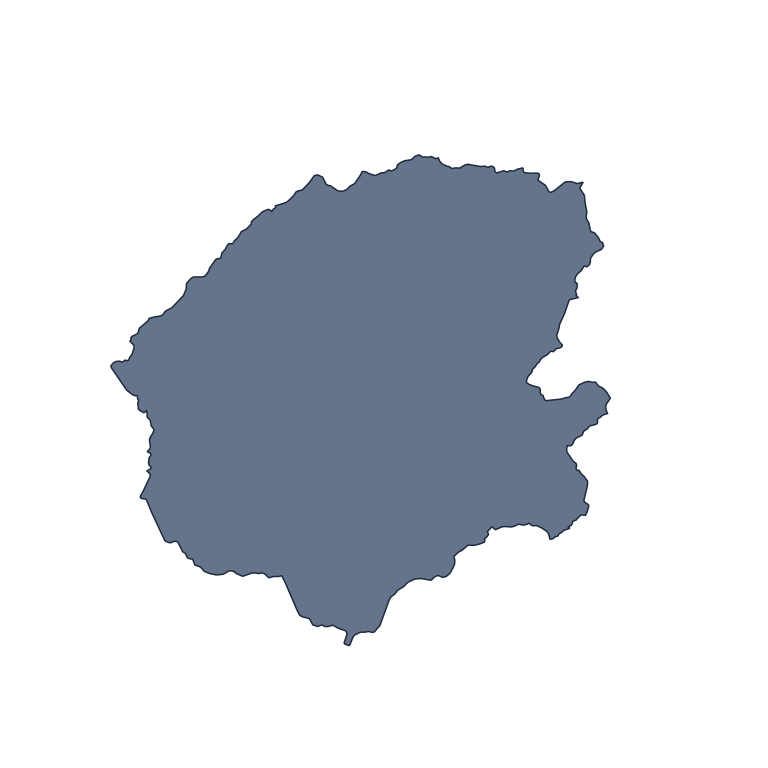 Van Canh, Bình Định, Vietnam, rotated 63°
{"feature_id": "81297802B17102674968438", "entity_name": "Van Canh", "entity_type": "district", "adm_level": 2, "iso_a3": "VNM", "parent_name": "Vietnam", "parent_adm1": "Bình Định", "projection": "natural_earth1", "projection_center": [108.979, 13.676], "detail": "fine", "context": "isolated", "style": "filled", "palette": "slate", "viewbox_px": 768, "rotation_deg": 63, "n_neighbors": 0, "source": "geoboundaries", "source_scale": "gbopen_adm2", "svg_char_len": 6158}
<svg xmlns="http://www.w3.org/2000/svg" viewBox="0 0 768 768"><g transform="rotate(63 384 384)"><path d="M362.8,129.1L360.8,125.6L357.3,125.1L355.2,126.6L350.8,126.5L344.7,127.9L342.2,130.4L340.7,130.3L333.4,128.3L328.7,128.6L326.6,127.9L323.1,125.3L313.1,122.3L308.1,120.2L306.1,119.8L298.9,120.7L297.4,119.3L295.0,115.4L294.2,115.8L293.2,120.8L288.6,125.4L286.4,130.2L286.5,132.5L288.9,143.4L289.1,147.9L288.8,148.6L287.7,149.7L280.2,150.0L272.6,154.1L271.9,154.1L268.7,150.7L266.7,150.5L265.3,152.4L262.9,157.5L259.8,162.5L258.6,163.2L257.6,163.3L255.1,162.3L254.3,162.6L253.2,167.5L253.1,171.9L251.2,174.8L251.1,177.9L248.6,180.3L248.2,181.1L247.1,187.9L244.7,188.7L242.4,187.7L241.0,187.7L240.2,188.0L238.5,189.6L238.0,193.1L235.5,195.4L234.3,198.9L226.2,209.7L225.6,212.6L226.0,218.5L224.0,222.0L223.0,225.1L221.5,226.7L219.9,227.1L218.6,228.9L214.2,232.4L210.3,233.3L207.3,232.9L206.3,236.0L202.9,238.4L201.8,242.3L200.0,244.8L199.7,246.3L195.7,248.8L195.2,253.0L196.4,257.3L196.4,258.4L194.4,264.3L194.2,269.3L194.9,272.4L197.2,274.8L197.6,275.7L197.7,280.5L197.5,281.0L196.1,281.7L195.4,283.0L196.0,287.5L194.5,291.0L194.5,296.4L194.0,297.5L189.8,301.8L186.7,303.8L184.9,306.5L185.0,307.3L186.9,309.7L192.0,318.9L192.4,324.8L193.7,328.6L193.6,332.9L191.7,336.5L190.8,337.5L183.2,341.6L181.7,343.5L179.7,344.8L171.9,344.8L168.4,347.4L167.4,348.6L167.0,349.8L166.8,351.9L170.7,359.2L173.5,367.2L173.8,368.5L173.7,370.8L172.9,372.6L172.9,375.1L175.4,379.6L177.7,387.5L177.7,390.1L175.9,399.9L177.5,400.3L178.0,403.4L179.3,405.7L178.0,406.1L176.1,407.4L175.7,408.6L175.4,412.9L175.5,414.8L177.2,420.1L178.4,426.4L179.4,428.5L181.4,429.9L183.5,436.6L183.4,441.8L187.4,448.1L188.3,451.7L190.1,454.9L190.1,455.6L188.7,458.0L188.9,460.0L192.0,464.5L193.7,469.0L197.3,472.0L197.5,473.6L196.5,476.6L196.7,477.4L201.1,486.0L201.9,487.2L203.9,489.0L206.6,494.5L206.1,497.3L202.3,504.8L202.1,506.8L202.6,509.0L204.4,513.5L205.3,514.7L209.5,517.0L214.1,522.5L219.7,538.3L219.8,544.3L220.1,546.4L221.8,549.6L222.0,551.9L219.9,558.6L218.9,563.4L220.6,565.6L223.1,576.2L224.0,577.5L226.7,579.9L227.3,581.0L227.1,586.6L227.7,588.4L229.6,589.2L230.4,590.9L236.1,589.3L238.3,590.2L243.1,595.0L244.8,598.4L246.9,600.9L246.6,602.2L245.2,603.8L245.7,606.9L245.5,607.6L243.8,609.0L242.6,611.5L242.3,613.1L242.3,615.4L243.5,618.6L244.6,619.4L246.0,619.5L272.6,616.1L279.1,613.1L281.4,611.4L281.9,609.7L282.7,609.2L285.1,610.2L287.0,610.0L289.4,612.1L294.8,614.2L296.0,614.0L300.3,611.3L300.6,610.7L300.6,609.6L299.7,607.8L300.9,607.7L306.1,610.1L310.1,608.8L315.7,610.4L320.1,609.6L322.5,611.8L325.9,617.3L327.6,618.5L333.3,620.4L334.8,621.3L335.5,622.1L336.8,625.5L337.2,625.5L339.0,624.0L340.9,623.5L341.8,624.2L343.0,626.7L347.0,629.4L349.3,630.2L352.0,629.4L353.1,629.6L353.6,631.3L353.8,634.7L358.0,633.3L359.9,634.0L369.9,646.9L373.6,652.3L374.9,652.6L376.3,651.6L378.2,648.7L379.4,648.2L394.0,649.4L423.6,650.4L425.1,649.8L427.6,647.7L428.7,646.0L429.0,641.7L430.7,639.7L432.5,639.4L442.1,639.6L444.1,638.2L445.6,637.9L449.2,638.0L450.5,637.6L453.3,634.1L459.6,634.6L463.8,630.6L469.6,629.1L473.8,625.3L478.0,620.1L480.2,614.6L480.5,613.2L480.2,607.4L480.8,605.4L482.9,602.9L485.8,601.6L490.3,598.0L491.3,596.8L492.4,587.9L493.8,584.7L496.3,581.2L496.7,578.6L499.0,576.5L503.7,574.9L504.5,574.1L505.5,569.4L507.6,565.6L508.4,562.2L516.7,562.2L545.2,564.1L551.5,564.2L554.2,562.6L559.1,557.0L566.3,556.8L567.0,556.2L569.9,553.1L570.5,548.5L572.8,547.3L574.5,544.5L575.8,539.0L581.1,535.5L586.4,530.3L588.4,530.1L590.1,530.5L596.6,537.1L598.1,536.9L601.2,534.0L600.7,532.5L596.0,527.2L594.6,525.0L594.3,523.1L594.5,518.0L595.0,516.3L596.1,514.6L597.6,509.8L599.6,507.9L600.6,505.2L597.3,497.2L578.9,477.6L577.0,474.8L575.9,469.2L574.0,465.6L573.4,458.2L571.9,454.1L571.5,451.9L571.7,446.4L572.1,444.2L574.3,439.0L579.5,432.3L580.3,430.7L579.0,427.4L578.8,424.5L579.3,422.5L581.9,420.5L583.3,418.8L583.7,415.5L582.5,410.8L578.4,405.0L576.4,402.8L573.3,400.9L570.5,400.3L569.1,399.2L567.6,393.8L567.6,390.2L565.7,382.0L567.6,379.1L569.1,375.5L570.0,371.2L570.5,366.5L569.8,365.6L567.5,364.3L566.9,361.8L565.7,359.3L562.4,358.7L560.4,353.2L560.9,352.2L563.3,351.5L564.2,350.9L564.5,350.1L564.8,343.7L566.3,340.2L569.3,335.3L569.9,332.0L570.0,327.9L573.2,323.5L573.9,320.1L574.0,317.8L577.1,316.6L578.2,315.2L579.2,312.8L580.0,311.8L584.0,308.8L587.9,306.6L590.2,305.5L593.9,305.7L597.5,306.6L598.1,305.7L598.5,303.5L597.9,300.5L598.4,298.0L596.9,295.8L596.9,292.8L596.0,290.5L596.9,284.6L596.4,284.1L595.6,284.8L595.0,284.6L594.9,281.0L592.0,277.9L592.5,274.7L591.3,271.9L590.1,267.6L592.5,264.1L589.9,260.8L585.7,256.9L584.2,256.7L581.3,258.4L579.5,258.9L578.3,258.6L567.9,249.7L564.5,247.4L562.8,246.8L557.2,247.6L553.5,249.1L549.5,249.4L548.8,251.0L548.2,251.3L546.4,251.2L543.8,249.2L541.9,248.9L538.6,250.5L527.5,251.9L524.6,250.6L522.3,248.8L522.5,247.9L523.6,246.4L523.7,244.5L522.6,242.2L520.8,240.4L519.4,237.2L519.6,230.8L516.8,227.6L516.1,222.5L514.9,220.4L514.8,219.4L516.0,214.3L516.1,212.4L515.3,211.2L513.0,210.2L512.0,209.2L511.9,206.3L511.1,203.9L511.2,201.3L511.8,198.3L507.7,197.8L504.2,196.5L502.6,194.6L499.5,188.8L493.2,189.2L489.4,190.0L486.2,191.3L483.5,193.7L478.4,194.7L476.7,198.1L474.9,200.0L474.3,201.2L473.4,205.4L473.3,210.7L476.1,215.9L478.1,221.2L479.6,223.7L479.7,225.2L478.6,228.5L478.2,231.5L477.3,234.5L472.4,247.2L471.3,247.8L469.6,248.0L466.5,247.5L465.0,248.6L463.5,248.8L462.2,248.6L460.1,247.2L458.0,247.3L456.9,248.0L453.0,252.4L450.3,254.8L448.0,256.0L446.1,256.0L442.6,252.1L440.9,247.3L438.3,244.8L437.5,242.0L435.4,238.3L434.9,235.7L433.9,234.5L432.4,231.3L432.0,224.8L430.6,221.0L430.6,220.3L432.1,218.4L430.8,214.5L431.7,210.9L431.6,209.3L430.9,207.8L430.0,207.4L426.8,208.4L422.1,208.7L420.4,208.5L419.0,207.9L412.9,202.0L410.7,200.6L403.0,190.9L393.4,181.0L393.2,180.4L395.1,171.8L392.1,172.4L391.0,171.6L389.0,171.5L387.4,170.5L386.4,168.8L383.2,166.7L382.4,166.4L381.3,166.5L379.8,167.7L376.5,165.7L375.4,164.5L373.6,161.5L372.6,156.9L370.0,152.6L370.0,151.9L371.7,150.0L371.1,147.0L369.1,144.8L366.0,143.1L365.2,142.0L363.0,137.8L362.5,135.2L362.8,129.1Z" fill="#64748b" stroke="#1e293b" stroke-width="1.5"/></g></svg>